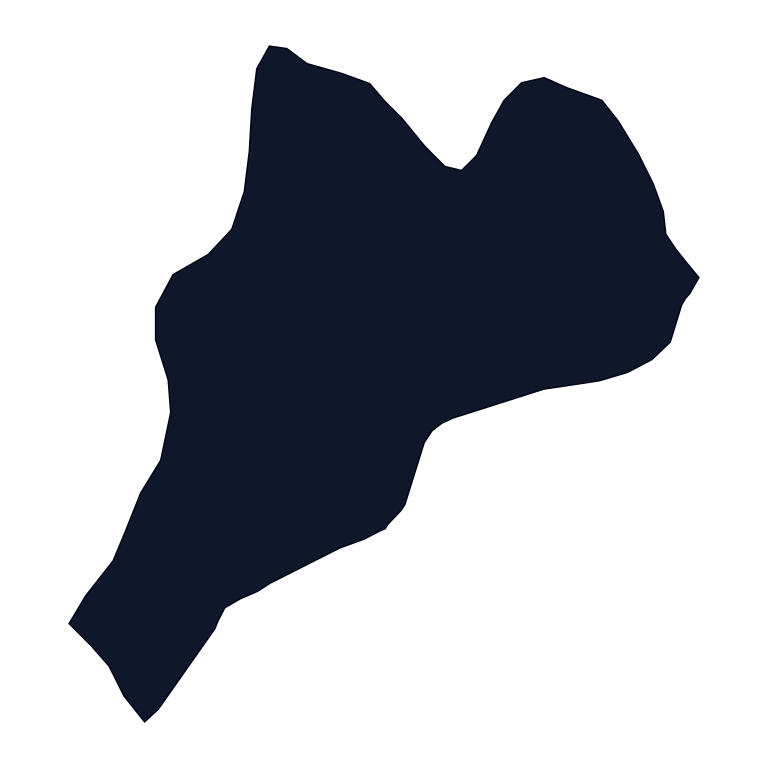 the Region of Brazzaville
{"feature_id": "COG-4855", "entity_name": "Brazzaville", "entity_type": "Region", "adm_level": 1, "iso_a3": "COG", "parent_name": "Republic of the Congo", "parent_adm1": "", "projection": "orthographic", "projection_center": [15.461, -3.984], "detail": "fine", "context": "isolated", "style": "filled", "palette": "ink", "viewbox_px": 768, "rotation_deg": 0, "n_neighbors": 0, "source": "natural_earth", "source_scale": "10m", "svg_char_len": 1032}
<svg xmlns="http://www.w3.org/2000/svg" viewBox="0 0 768 768"><path d="M698.9,277.6L689.7,293.7L685.3,298.6L681.6,305.0L670.2,342.1L655.0,356.6L651.8,359.6L627.4,372.4L599.6,380.7L571.4,385.0L543.8,389.1L453.0,418.0L441.8,423.2L432.2,430.6L424.3,442.4L404.9,504.5L401.5,509.9L387.6,524.6L385.1,528.8L379.7,531.0L364.1,539.1L339.7,548.0L269.7,583.4L257.4,591.4L240.2,598.8L224.9,607.7L218.3,620.2L214.9,628.7L191.4,662.1L158.3,709.2L144.6,721.9L124.2,696.3L109.1,666.2L91.6,646.2L69.1,623.6L85.7,595.8L113.2,560.7L125.7,530.6L140.7,492.9L160.7,460.3L170.7,412.6L168.2,380.0L155.6,339.8L155.6,307.2L173.1,274.6L208.2,254.5L231.8,229.3L244.3,191.6L249.3,151.5L251.8,108.8L256.8,68.7L269.4,46.1L286.9,48.6L306.9,63.6L342.2,73.6L369.8,83.7L384.8,101.3L402.3,118.8L424.9,146.4L444.9,166.5L461.6,170.5L476.6,155.5L491.6,122.8L504.1,100.3L521.7,82.7L544.2,77.7L566.8,87.7L601.8,100.3L618.3,121.2L638.3,153.9L653.3,184.0L663.3,211.6L665.8,234.2L675.8,249.2L685.9,261.8L698.9,277.6Z" fill="#0f172a" stroke="#020617" stroke-width="1.5"/></svg>